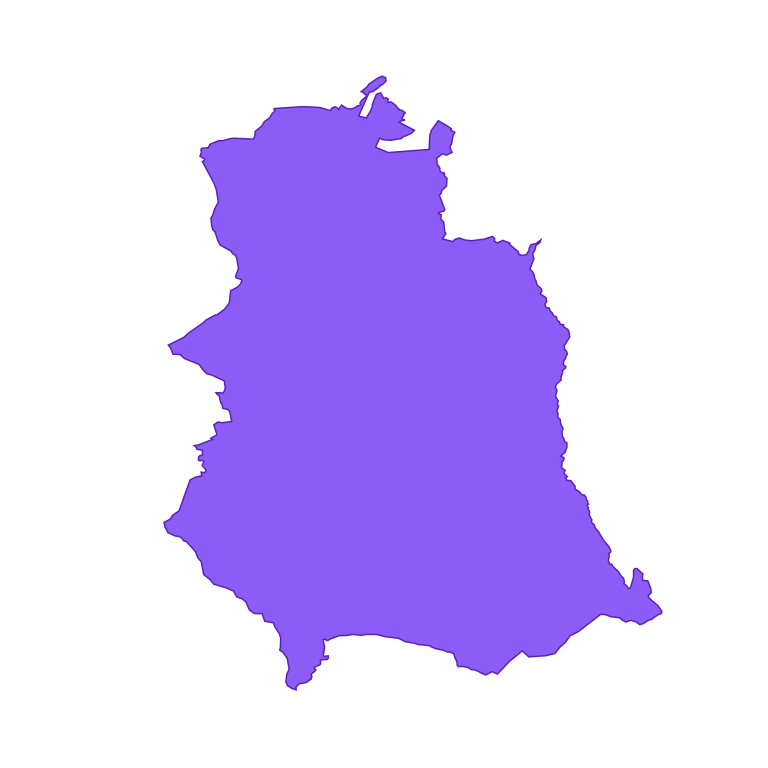 Odaile, Buzau, Romania (Robinson projection), rotated 351°
{"feature_id": "2599482B56943146128406", "entity_name": "Odaile", "entity_type": "district", "adm_level": 2, "iso_a3": "ROU", "parent_name": "Romania", "parent_adm1": "Buzau", "projection": "robinson", "projection_center": [26.554, 45.39], "detail": "fine", "context": "isolated", "style": "filled", "palette": "violet", "viewbox_px": 768, "rotation_deg": 351, "n_neighbors": 0, "source": "geoboundaries", "source_scale": "gbopen_adm2", "svg_char_len": 6146}
<svg xmlns="http://www.w3.org/2000/svg" viewBox="0 0 768 768"><g transform="rotate(351 384 384)"><path d="M522.8,667.5L528.2,661.9L537.1,659.0L562.1,645.3L566.8,646.5L571.4,649.2L580.4,651.9L581.8,653.9L585.5,656.9L591.0,656.0L595.8,658.5L599.0,661.7L602.3,661.3L608.7,658.5L610.9,658.6L618.1,654.9L621.4,654.3L622.3,653.7L622.9,652.0L619.9,645.8L612.2,636.8L611.8,634.5L615.4,631.8L615.5,628.1L613.8,619.7L608.8,618.5L609.0,615.1L610.0,612.1L605.1,606.0L602.6,605.5L601.2,607.6L600.3,613.7L596.0,622.8L594.8,624.3L593.7,624.3L592.0,621.2L589.6,618.8L590.4,617.4L590.3,613.4L588.1,610.5L586.0,605.7L581.8,600.3L580.6,597.5L578.9,597.5L577.9,593.9L579.5,589.0L579.4,587.0L581.7,585.3L581.9,583.9L580.6,579.7L576.0,571.9L572.8,563.5L570.2,559.6L569.6,556.1L567.3,553.0L568.0,550.7L566.2,545.5L566.9,543.6L566.8,541.2L565.9,539.6L566.5,537.7L565.8,536.6L566.0,535.2L567.2,534.6L566.6,533.9L566.8,531.5L565.9,529.8L565.8,527.5L564.4,524.9L562.1,524.5L560.0,520.9L556.0,517.3L556.8,515.1L553.6,509.0L549.1,507.4L549.0,505.1L550.6,504.1L548.2,501.3L548.2,499.5L549.4,497.7L548.9,496.7L547.3,496.0L546.3,493.1L547.3,491.4L547.5,488.8L549.0,488.0L550.2,485.8L549.9,484.6L547.2,483.0L552.1,479.9L554.7,475.2L555.5,470.7L553.4,469.2L553.1,465.9L552.0,464.3L552.3,459.0L553.9,455.9L552.3,451.3L552.5,446.7L550.4,443.9L551.3,440.2L550.3,437.8L553.1,433.1L552.2,431.8L552.2,430.5L553.4,428.0L551.4,422.6L553.9,417.7L552.7,413.9L554.8,410.7L559.5,407.9L559.8,405.2L562.3,400.4L562.2,399.0L565.7,396.6L566.4,395.2L564.1,393.1L564.3,392.4L565.3,389.1L567.3,387.3L567.8,385.6L569.9,382.9L569.3,380.2L567.8,377.8L568.1,374.4L574.8,366.6L574.9,361.7L574.2,359.1L570.8,356.0L570.1,354.8L570.6,353.5L567.1,352.4L567.1,349.9L565.3,348.6L564.8,347.4L565.0,345.0L562.2,343.0L561.7,340.8L559.7,337.9L559.0,334.8L556.7,334.1L555.6,332.8L555.4,330.1L557.5,328.1L557.6,324.1L552.7,319.8L552.5,319.1L554.4,317.3L554.1,314.3L550.7,310.1L550.2,305.8L549.4,303.8L549.3,299.8L548.4,296.7L546.1,293.4L551.7,283.6L551.1,279.1L554.0,275.3L555.8,270.9L560.1,268.8L561.4,266.2L556.3,269.0L550.9,269.4L548.5,272.8L548.2,274.7L544.7,278.6L540.3,278.5L537.4,277.1L537.6,275.4L537.0,273.9L530.5,266.6L530.0,264.2L523.7,260.7L518.1,262.4L515.5,260.2L516.0,257.5L514.2,255.2L505.9,256.6L492.9,256.2L486.3,254.4L481.0,251.5L476.4,252.4L474.4,254.1L464.5,249.9L468.7,245.0L467.8,243.2L468.3,233.2L465.9,230.2L467.0,225.8L464.6,224.3L464.6,223.3L470.6,222.5L471.3,221.1L468.2,206.0L469.8,205.2L471.8,201.4L476.7,198.3L478.4,190.7L476.4,188.0L476.5,185.0L473.8,183.9L472.5,182.1L472.9,180.1L472.4,177.9L470.9,175.8L471.4,169.1L478.0,165.8L481.3,167.7L487.5,165.9L486.4,162.1L486.6,159.4L488.5,156.9L490.9,149.9L493.3,146.4L490.2,144.2L489.6,143.3L490.5,142.7L488.7,140.6L478.8,132.4L470.7,140.7L468.1,145.6L465.3,159.4L424.5,156.1L412.7,148.8L418.0,140.7L422.3,142.9L428.8,144.3L439.4,144.3L441.0,143.0L449.7,140.9L453.8,138.2L439.8,127.8L441.2,127.0L445.5,126.6L445.5,126.1L443.1,125.1L443.0,124.3L445.4,121.9L445.4,120.3L447.3,119.8L447.2,119.1L444.5,116.5L442.3,115.7L441.9,114.8L440.9,114.9L440.7,113.1L439.7,112.3L439.5,111.1L435.8,107.1L434.7,106.4L431.7,106.5L431.9,104.8L432.9,103.4L430.7,101.5L428.4,102.0L426.2,95.9L421.8,96.7L416.3,105.9L415.9,108.1L413.4,112.2L408.1,118.5L400.9,115.4L415.0,93.5L418.4,93.5L424.2,90.8L427.3,88.5L430.0,87.6L433.4,85.0L433.5,81.6L430.2,79.7L425.1,81.1L415.8,85.6L413.8,87.9L407.3,91.7L409.4,92.7L409.5,93.9L411.8,95.6L411.2,97.5L406.6,100.2L404.3,102.6L404.5,104.5L404.0,105.1L401.0,105.2L399.0,106.4L395.0,107.2L390.3,106.1L385.7,101.9L382.1,105.7L381.2,104.1L379.1,102.5L375.6,103.3L373.9,105.6L363.9,100.9L354.9,98.9L345.8,97.2L319.1,94.8L318.3,95.2L318.8,96.6L318.2,97.8L315.3,99.9L312.8,103.2L306.9,106.1L303.5,110.2L296.3,114.4L295.2,119.1L293.3,121.7L273.9,117.7L270.1,117.6L263.0,118.5L258.8,117.9L250.5,119.7L249.2,120.4L247.5,123.1L240.8,122.7L239.8,123.9L239.9,126.6L237.9,130.1L242.0,133.8L241.6,135.0L239.4,135.8L247.5,159.1L248.8,165.9L248.8,178.6L244.5,184.0L241.0,190.9L239.0,193.0L238.6,200.5L239.0,204.6L241.0,207.8L242.3,216.2L243.9,221.1L253.8,228.9L254.6,231.1L257.4,233.8L258.2,236.4L258.4,247.0L254.2,254.6L254.6,256.0L259.4,258.5L259.9,259.6L257.0,263.7L253.9,265.6L247.2,267.8L243.9,279.7L237.9,285.4L229.9,289.6L228.2,289.5L218.3,292.9L214.6,295.5L199.3,302.9L193.6,306.6L177.1,311.8L179.0,315.2L180.2,321.5L187.2,323.0L190.9,327.6L204.4,335.7L207.1,341.2L210.4,346.0L215.2,348.2L226.7,355.9L226.7,362.2L226.1,364.4L223.9,367.7L216.7,366.3L217.7,368.3L219.2,369.4L219.8,376.6L221.0,379.4L220.9,382.7L226.0,384.9L226.7,385.9L227.4,388.7L227.7,397.2L217.7,396.9L214.0,395.5L209.5,397.7L211.1,408.0L204.5,410.5L206.0,411.9L190.9,415.2L186.9,415.2L188.7,417.2L188.9,419.2L194.1,420.9L193.8,425.5L190.6,426.1L189.6,427.0L188.8,429.4L189.4,430.9L193.0,431.1L194.0,432.1L191.7,435.9L195.0,441.6L193.0,443.6L189.7,442.4L189.5,446.2L183.0,446.6L177.5,448.4L161.8,477.1L154.3,480.9L152.0,483.9L145.1,486.3L145.3,490.9L147.4,497.1L154.1,501.5L158.6,502.9L160.8,505.5L161.5,507.5L164.1,508.6L171.4,519.8L173.1,527.0L175.7,530.8L176.1,544.0L181.7,550.1L184.6,555.1L196.1,560.6L202.9,564.9L205.3,571.2L210.5,574.2L213.5,577.8L215.8,586.3L220.2,590.5L227.7,591.8L229.1,599.7L237.3,602.5L238.4,607.1L241.6,614.3L242.2,618.9L240.5,627.7L239.4,630.6L242.3,633.2L245.5,640.0L245.7,650.8L242.5,655.7L240.5,662.8L241.6,667.0L245.2,670.1L249.0,672.1L249.4,672.3L249.6,669.7L253.5,666.8L260.4,666.7L266.0,664.0L267.0,661.5L266.5,659.4L271.7,656.2L272.0,655.7L270.6,653.4L271.2,652.8L277.2,651.1L277.8,649.7L277.9,646.7L284.8,647.1L286.1,646.1L286.4,643.8L281.9,643.6L281.7,642.2L284.1,634.9L283.9,627.0L285.8,626.7L287.0,628.2L288.6,628.6L291.1,627.4L300.2,625.6L307.9,626.5L314.3,626.5L322.3,628.7L326.5,628.5L337.6,630.2L345.9,633.8L358.7,637.5L364.4,641.7L373.3,644.7L376.8,646.6L387.0,649.2L393.1,653.2L401.4,656.4L404.7,658.6L407.6,659.2L410.9,661.5L411.4,666.2L412.6,669.4L412.3,673.5L413.5,674.9L417.8,675.3L422.9,677.3L425.4,679.7L429.2,680.6L438.1,686.9L439.2,687.2L445.8,685.0L450.6,688.3L464.5,677.6L478.9,669.2L484.2,676.1L501.3,677.7L510.7,676.9L516.4,671.6L522.8,667.5Z" fill="#8b5cf6" stroke="#5b21b6" stroke-width="1.5"/></g></svg>